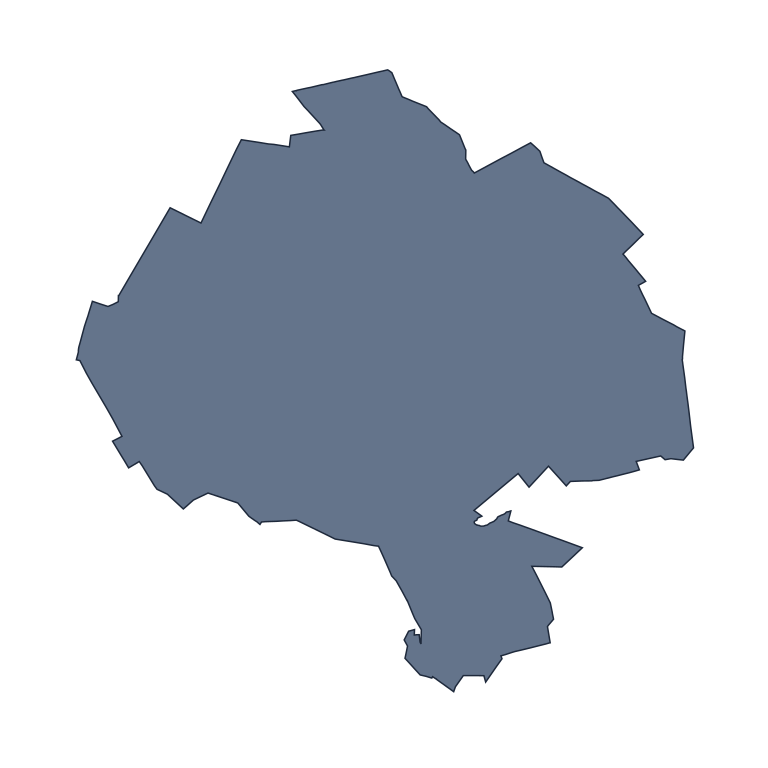 the district of Vectilžas pag., Balvu, Latvia, rotated 265°
{"feature_id": "27541924B22199662205944", "entity_name": "Vectilžas pag.", "entity_type": "district", "adm_level": 2, "iso_a3": "LVA", "parent_name": "Latvia", "parent_adm1": "Balvu", "projection": "albers", "projection_center": [27.36, 56.987], "detail": "fine", "context": "isolated", "style": "filled", "palette": "slate", "viewbox_px": 768, "rotation_deg": 265, "n_neighbors": 0, "source": "geoboundaries", "source_scale": "gbopen_adm2", "svg_char_len": 5690}
<svg xmlns="http://www.w3.org/2000/svg" viewBox="0 0 768 768"><g transform="rotate(265 384 384)"><path d="M607.4,541.4L607.3,541.2L604.8,535.5L602.1,529.2L598.8,521.3L592.8,507.4L586.5,492.8L586.3,492.3L587.2,491.8L587.8,491.3L588.9,490.3L589.2,490.0L590.5,489.4L594.9,487.5L595.8,487.2L596.3,487.0L596.8,486.8L598.6,486.0L600.5,485.1L600.9,485.0L601.2,485.0L601.4,485.0L604.2,485.3L607.0,485.6L610.0,485.9L611.4,485.3L618.0,483.3L625.5,481.0L625.9,480.7L627.7,478.5L629.2,476.7L630.6,474.9L631.2,474.2L631.7,473.6L632.6,472.4L633.6,471.3L635.3,469.2L637.0,467.2L638.5,465.3L640.0,463.4L642.7,461.6L644.1,460.4L654.3,452.1L656.5,450.6L661.9,439.9L663.3,437.1L664.8,434.4L666.0,432.1L667.2,429.7L667.8,428.6L668.4,427.4L668.5,427.3L668.6,427.2L668.8,427.0L674.3,425.2L676.8,424.3L679.4,423.5L681.2,422.9L683.1,422.3L684.6,421.8L686.1,421.3L688.6,420.5L691.2,419.7L692.3,419.3L693.4,419.0L693.5,418.9L693.7,418.7L694.5,417.7L695.4,416.7L696.0,415.9L696.6,415.1L696.6,414.9L696.6,414.7L695.9,410.0L695.3,405.2L695.2,404.9L695.2,404.6L693.6,393.5L692.1,382.5L692.0,382.2L691.5,377.8L690.9,373.7L690.7,372.2L690.5,370.7L690.4,370.4L690.4,370.0L690.2,368.0L689.9,365.9L689.6,363.3L689.2,360.8L689.0,358.9L688.7,357.0L688.1,353.2L687.5,349.3L687.6,348.8L687.6,348.3L685.9,337.1L685.6,334.1L684.2,323.0L683.8,322.5L684.0,322.3L683.7,320.2L683.4,318.2L679.2,321.0L675.0,323.7L671.2,326.1L667.4,328.5L665.4,330.1L663.3,331.8L659.9,334.4L656.4,337.1L652.9,339.8L649.4,342.5L648.8,342.9L648.1,343.4L645.5,344.7L642.8,346.1L642.7,346.1L642.3,346.3L642.2,346.4L642.2,346.1L642.3,345.8L642.3,345.0L642.3,344.2L642.1,341.2L641.9,338.1L641.5,333.2L641.1,328.2L640.4,320.5L639.8,312.8L634.2,311.6L628.5,310.4L632.3,295.1L633.2,289.8L635.5,280.8L639.2,265.6L639.8,263.2L630.9,257.6L612.7,246.8L597.4,237.8L580.1,227.4L560.3,215.7L568.8,201.7L578.2,186.3L567.6,178.8L548.1,165.0L529.8,152.0L510.2,138.1L494.9,127.3L495.0,127.1L489.3,126.5L489.1,126.4L486.9,120.9L485.3,115.8L488.5,108.2L491.8,100.7L488.3,99.3L479.7,95.8L478.3,95.3L473.1,93.0L467.2,90.5L465.5,89.9L458.4,87.3L451.8,84.9L447.3,83.2L445.8,82.8L443.8,82.4L443.1,82.4L442.1,82.2L434.9,79.6L434.7,80.3L433.8,83.1L420.5,88.5L410.6,93.0L391.9,101.9L384.3,105.5L372.7,110.8L354.7,118.4L352.9,114.1L350.7,108.6L347.8,110.0L336.2,115.7L330.2,118.7L322.7,122.3L328.1,133.4L323.6,136.0L302.7,146.4L298.9,148.7L297.1,151.8L293.1,158.6L277.0,173.2L280.2,177.6L285.0,184.0L287.3,190.1L290.7,199.2L289.2,202.6L283.4,216.1L278.2,228.0L264.1,237.8L263.3,238.7L261.3,241.0L261.2,241.2L260.5,242.0L259.7,242.9L258.7,244.2L257.7,245.5L256.3,246.8L254.9,248.2L256.1,249.1L257.2,250.0L257.2,251.1L257.2,252.3L257.2,253.0L257.2,253.8L256.6,264.6L256.4,272.1L256.1,278.9L256.0,284.8L254.6,287.3L237.0,316.6L233.8,321.8L232.6,326.5L230.0,336.8L226.6,350.1L223.9,359.8L222.9,364.4L216.3,366.8L209.7,369.1L195.7,373.8L192.1,374.9L186.9,379.0L175.4,384.2L166.2,388.1L166.3,388.3L152.8,392.5L147.9,394.1L147.4,394.3L135.9,399.8L135.2,399.7L121.8,398.2L123.8,397.4L131.2,397.2L131.4,394.3L131.3,394.0L131.3,392.3L136.7,393.0L135.6,387.0L127.3,381.8L120.9,384.6L116.8,383.4L113.4,382.4L108.9,381.0L107.1,382.4L104.0,384.8L97.1,390.0L91.0,394.7L89.2,400.2L89.1,400.5L87.3,404.9L86.9,406.0L88.2,406.9L85.5,410.3L85.5,410.5L85.1,410.7L71.4,426.6L76.0,428.7L76.2,428.8L86.6,437.6L85.3,452.4L84.7,458.1L78.2,459.3L93.0,471.6L99.9,477.5L100.0,477.6L103.0,476.8L103.9,481.5L105.5,488.3L106.1,491.2L106.9,497.0L108.4,506.9L109.6,514.3L110.9,522.4L111.6,526.0L111.7,527.0L128.1,525.7L129.3,526.7L134.9,532.4L137.7,532.1L140.2,531.8L141.8,531.7L151.4,530.6L162.0,526.5L180.1,519.3L189.5,515.4L187.0,538.5L186.2,545.2L194.2,555.4L203.6,567.3L209.0,555.8L214.1,544.9L214.2,544.6L215.4,542.0L223.7,524.2L227.7,515.6L229.3,512.1L231.3,507.8L234.6,500.3L236.8,495.9L246.4,499.3L246.2,498.3L246.3,498.3L246.1,497.8L245.9,496.6L245.9,495.4L245.7,494.7L244.6,493.5L244.1,492.7L243.5,491.1L243.1,489.4L242.7,488.5L241.9,486.2L241.3,485.4L240.0,484.7L238.9,483.3L237.5,481.4L237.2,480.4L236.6,478.7L236.3,477.5L235.5,476.2L234.6,474.8L234.4,473.8L234.3,472.8L233.8,471.0L233.8,470.3L233.9,468.5L234.1,467.6L234.7,466.8L235.0,465.6L235.1,465.1L235.4,464.7L235.4,464.4L235.5,464.0L236.2,463.1L237.1,462.1L238.2,461.8L239.1,462.0L239.9,463.2L240.1,464.4L240.6,464.8L241.8,465.2L242.4,465.9L243.1,467.9L243.2,468.5L243.8,470.0L243.9,469.9L250.2,462.6L261.3,478.5L272.8,495.0L283.1,509.8L268.6,519.5L281.0,533.2L287.8,540.7L275.8,549.8L266.6,556.7L266.8,556.9L270.7,561.2L270.1,573.4L269.4,582.6L269.6,583.6L269.6,583.8L269.3,589.8L271.7,604.5L272.3,608.6L272.9,612.2L273.5,615.9L274.2,620.4L275.0,624.8L275.6,627.9L276.2,630.9L280.6,629.7L284.9,628.5L286.8,642.8L288.2,653.4L284.1,657.4L284.6,663.3L283.2,670.0L282.1,675.6L289.7,683.1L293.4,686.8L315.1,685.8L329.9,685.4L338.3,685.1L344.8,684.8L347.1,684.7L350.4,684.6L353.7,684.4L364.2,684.1L368.3,683.9L378.1,683.4L379.0,683.4L382.1,683.2L382.4,683.2L382.7,683.5L383.3,683.6L383.5,683.6L384.7,683.7L385.0,683.7L396.8,685.8L410.6,688.4L415.5,680.7L417.7,677.7L420.5,673.2L423.9,667.8L431.1,656.7L441.6,652.8L445.9,651.2L450.4,649.4L455.5,647.5L460.1,646.0L463.5,653.6L467.0,651.2L472.0,647.7L476.7,644.5L485.9,638.0L488.6,636.3L490.6,634.9L492.6,633.4L495.7,637.1L498.7,640.9L502.7,645.8L506.7,650.6L508.6,653.0L510.4,655.3L513.6,652.8L516.7,650.3L520.0,647.7L523.3,645.1L531.2,638.7L535.7,635.1L539.3,632.1L543.1,629.1L549.5,623.8L551.7,620.5L553.6,617.7L557.7,611.3L559.0,609.4L563.6,602.6L565.8,599.2L567.5,596.7L573.9,587.0L575.9,584.2L577.1,582.4L578.3,580.6L578.6,580.1L590.4,562.7L590.5,562.6L590.9,562.5L596.5,561.0L602.2,559.6L605.8,556.4L607.7,554.7L611.5,551.1L607.4,541.4Z" fill="#64748b" stroke="#1e293b" stroke-width="1.5"/></g></svg>